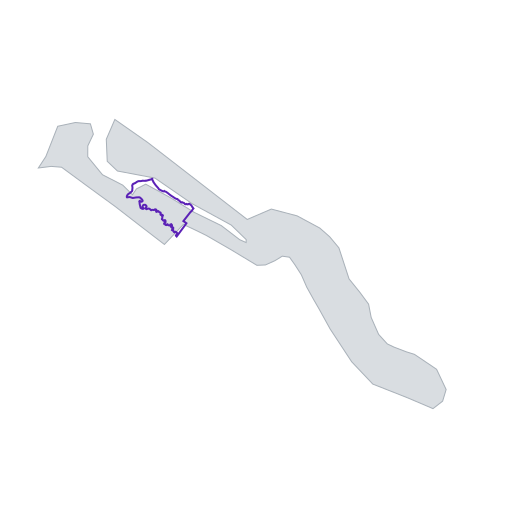 location of Kiang West, Lower River, Gambia, rotated 37°
{"feature_id": "56634734B57370738255875", "entity_name": "Kiang West", "entity_type": "district", "adm_level": 2, "iso_a3": "GMB", "parent_name": "Gambia", "parent_adm1": "Lower River", "projection": "orthographic", "projection_center": [-15.997, 13.345], "detail": "fine", "context": "in_parent", "style": "outline", "palette": "violet", "viewbox_px": 512, "rotation_deg": 37, "n_neighbors": 0, "source": "geoboundaries", "source_scale": "gbopen_adm2", "svg_char_len": 6306}
<svg xmlns="http://www.w3.org/2000/svg" viewBox="0 0 512 512"><g transform="rotate(37 256 256)"><path d="M61.1,231.9L101.1,230.5L149.5,231.1L202.2,231.8L227.0,232.1L240.0,209.3L264.7,199.2L290.1,195.3L303.3,196.3L317.3,199.6L344.1,218.3L360.8,222.5L374.9,226.7L385.0,235.8L401.1,244.8L413.7,247.2L421.1,245.7L433.6,242.1L441.7,239.2L468.4,237.8L488.2,248.2L492.4,259.6L489.2,271.4L462.9,277.9L426.4,288.0L396.1,282.9L359.2,269.7L337.7,260.1L328.7,256.3L315.2,250.3L303.5,243.7L292.1,239.5L283.5,236.8L277.1,240.3L273.9,248.4L268.9,257.5L262.3,262.9L231.5,266.1L203.8,269.5L188.9,272.4L179.0,274.5L175.9,301.9L144.5,301.6L113.7,301.2L81.7,301.7L47.3,302.1L38.5,307.7L29.2,316.7L28.3,303.0L19.6,271.7L31.4,258.1L44.2,250.1L52.8,256.6L55.4,269.3L61.9,278.0L84.5,283.5L106.9,279.6L120.5,281.4L120.1,274.4L124.7,265.0L151.9,261.0L180.6,258.3L210.0,252.6L233.1,252.8L240.0,251.2L238.3,248.8L217.6,246.2L173.4,252.7L128.4,254.6L94.2,271.5L80.2,269.9L66.2,252.9L61.1,231.9Z" fill="#d9dde1" stroke="#a8b0b8" stroke-width="1"/><path d="M120.5,284.6L122.0,284.1L122.7,283.8L122.9,283.6L123.4,283.1L124.8,281.6L125.2,281.3L125.3,281.1L126.7,280.0L127.0,279.7L127.8,279.2L128.5,279.2L129.1,279.2L129.7,279.3L130.0,279.4L130.7,279.4L131.4,279.6L131.7,279.8L132.3,280.2L132.3,280.4L132.2,281.1L132.0,281.5L131.7,281.6L131.4,281.8L130.7,281.9L130.0,281.9L129.9,282.0L130.0,282.7L131.0,283.5L131.6,284.3L134.6,286.8L134.9,287.0L135.2,287.0L135.6,286.9L136.0,286.9L136.6,286.8L136.6,286.7L136.8,286.7L137.0,286.5L137.4,286.3L137.7,286.0L137.7,285.8L137.6,285.7L136.9,285.5L136.4,285.4L135.9,285.1L135.7,284.9L135.7,284.7L135.4,284.0L135.3,283.5L135.6,282.7L136.0,282.3L136.5,281.9L136.8,281.8L137.1,281.8L137.7,281.8L137.8,281.8L138.6,282.1L138.8,282.4L138.9,282.8L138.9,283.2L138.8,283.8L139.0,284.3L139.2,284.5L139.6,284.6L139.9,284.5L140.3,284.4L140.5,284.4L140.7,284.1L140.9,283.6L141.6,282.8L142.1,282.5L142.6,282.4L143.5,282.4L144.0,282.5L144.3,282.6L144.5,282.6L144.8,282.5L145.2,281.8L145.6,281.4L146.1,281.1L146.6,280.9L146.9,280.6L147.0,280.5L147.0,280.2L147.1,279.8L147.3,279.5L147.5,279.4L147.7,279.2L147.9,279.1L148.0,279.1L148.6,279.1L148.8,279.2L148.9,279.3L148.9,279.6L148.9,280.0L149.4,280.5L149.8,280.7L150.2,280.5L150.3,280.3L150.3,280.1L150.3,279.7L150.5,279.3L150.7,279.1L151.1,278.9L152.0,279.2L152.8,279.0L153.0,278.9L153.6,278.8L154.0,279.0L154.3,279.8L154.8,280.4L155.1,280.5L155.4,280.4L155.6,279.9L155.8,279.7L156.3,279.6L156.7,279.5L157.1,279.6L157.4,279.8L157.4,280.1L157.2,280.3L157.1,280.5L157.2,280.9L157.5,281.1L158.0,281.6L158.2,281.9L158.3,282.1L158.5,282.5L158.5,283.0L158.8,283.3L159.4,283.2L159.6,283.2L160.1,283.3L160.3,283.5L160.6,283.5L161.2,283.4L161.5,283.2L161.5,282.8L161.5,282.4L161.6,282.2L162.0,282.1L162.5,282.3L163.1,283.0L163.3,283.3L163.4,283.5L163.4,283.9L163.2,284.1L162.9,284.3L163.0,284.6L163.1,285.4L163.3,285.6L164.0,285.3L164.8,285.6L165.4,285.5L165.8,285.3L166.0,285.0L166.0,284.8L165.9,284.2L166.1,284.0L166.2,283.9L166.4,283.9L166.8,284.2L167.3,284.2L168.4,283.8L168.8,283.5L168.9,283.3L169.0,283.1L168.9,282.9L168.7,282.4L168.9,282.2L169.0,281.8L169.2,281.6L169.4,281.7L170.1,281.8L170.3,281.9L170.4,282.0L170.9,282.7L170.9,282.8L170.8,283.1L170.7,283.3L170.4,283.6L170.5,283.8L171.2,284.0L171.6,284.0L171.8,283.9L171.8,283.6L171.8,283.4L172.0,283.3L172.3,283.2L172.8,283.2L173.0,283.3L173.3,283.8L173.4,284.2L173.3,284.4L173.2,284.4L173.0,284.7L173.0,284.8L173.3,285.9L173.5,285.9L173.8,285.7L174.1,285.3L174.3,285.2L174.5,285.2L174.7,285.5L174.8,285.7L175.2,286.0L175.3,286.0L175.5,286.1L175.9,286.2L176.3,286.2L176.7,286.2L176.8,286.0L176.8,285.9L176.7,285.6L176.9,285.2L177.3,285.0L178.0,284.9L178.4,285.0L178.6,285.1L179.5,285.1L180.1,285.3L180.4,285.7L180.4,285.8L180.3,286.0L180.2,286.1L179.7,286.4L179.6,286.7L179.7,287.9L179.9,288.0L180.1,287.9L180.3,287.9L180.5,288.0L180.9,288.1L180.8,277.0L180.8,274.4L180.7,271.7L177.0,271.8L177.2,260.2L177.4,259.7L177.5,259.0L177.5,258.3L177.4,256.5L177.4,255.8L177.4,255.7L177.0,255.7L176.6,255.4L175.8,255.2L175.5,255.2L175.3,255.0L175.2,255.0L174.4,254.7L174.1,254.5L173.6,254.4L173.2,254.5L172.7,254.5L172.3,254.4L172.0,254.4L171.8,254.3L171.3,254.4L171.1,254.6L170.9,254.8L170.8,255.0L170.7,255.1L170.7,255.3L170.7,255.5L170.4,255.7L170.3,255.8L170.2,256.0L169.8,256.2L169.1,256.2L169.0,256.3L169.0,256.6L168.9,256.7L168.8,256.9L168.7,257.0L168.4,257.2L167.8,257.3L167.7,257.3L167.1,257.1L166.6,257.1L166.4,257.0L166.2,257.1L165.8,257.3L165.5,257.4L165.1,257.4L164.9,257.4L164.7,257.5L164.7,257.8L164.6,258.0L164.4,258.1L164.0,258.2L163.7,258.2L163.5,258.3L163.2,258.3L163.0,258.2L162.6,258.2L161.7,257.9L161.3,257.9L161.0,258.1L159.6,258.2L159.6,258.3L159.5,258.1L159.4,258.0L159.4,257.9L159.2,257.8L158.7,257.9L158.1,258.3L157.1,258.5L156.8,258.6L156.1,258.6L155.8,258.6L155.6,258.7L155.1,258.7L154.2,258.7L153.3,258.8L152.2,258.9L151.5,258.9L151.4,258.9L151.1,258.9L149.0,258.9L147.6,258.8L146.6,258.9L146.0,258.8L145.5,258.9L144.8,259.1L144.5,259.3L143.7,259.3L143.7,259.5L143.4,259.8L143.2,260.1L142.8,260.3L142.4,260.4L142.0,260.5L140.9,260.7L139.9,260.9L139.5,260.9L138.3,261.1L138.0,261.0L137.8,260.9L137.0,260.6L135.5,260.3L134.0,260.0L132.8,259.7L130.9,259.1L130.0,258.8L129.8,258.8L129.5,258.6L129.0,258.2L128.5,258.1L127.4,257.5L127.1,257.3L126.7,256.8L126.4,257.1L126.3,257.4L126.0,257.9L126.0,258.1L125.9,258.3L125.5,258.7L125.0,259.2L125.0,259.4L124.7,259.6L124.4,260.2L124.2,260.4L123.9,260.9L123.7,261.0L123.1,261.8L122.9,262.0L122.7,262.1L122.7,262.3L122.4,262.5L122.2,262.7L121.6,263.1L121.1,263.5L120.7,263.7L120.5,263.9L120.3,264.1L120.0,264.2L119.6,264.8L119.1,265.3L118.7,265.7L118.0,266.2L117.6,266.6L116.9,267.1L116.8,267.4L116.5,268.1L116.1,268.7L116.1,268.8L116.0,269.3L115.8,270.0L115.7,270.2L115.7,270.4L115.6,270.6L115.4,270.8L115.2,271.0L115.1,271.4L114.9,271.6L114.9,271.8L114.8,272.1L114.5,272.3L114.4,272.8L114.4,273.1L114.5,273.2L114.5,273.4L114.6,273.6L114.8,274.4L115.7,275.2L116.0,275.5L116.4,276.0L116.7,276.5L117.1,277.2L117.4,277.7L117.7,278.0L117.9,278.3L117.9,278.7L117.9,279.2L117.8,279.8L117.6,280.4L117.6,280.6L117.5,281.4L117.3,281.7L116.7,283.3L116.7,283.6L116.6,284.6L116.7,285.2L116.8,285.8L117.0,286.2L117.4,286.7L117.6,286.8L117.9,286.6L118.2,286.4L118.6,285.9L119.4,285.1L120.0,284.8L120.5,284.6Z" fill="none" stroke="#5b21b6" stroke-width="2"/></g></svg>